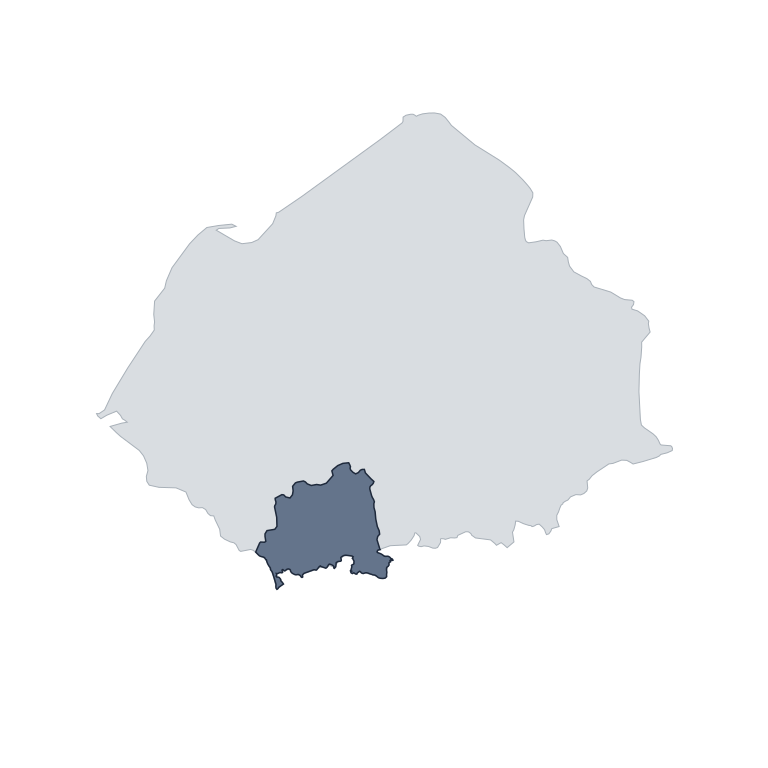 where Lower Silesian sits in Poland, rotated 321°
{"feature_id": "POL-3141", "entity_name": "Lower Silesian", "entity_type": "Voivodeship", "adm_level": 1, "iso_a3": "POL", "parent_name": "Poland", "parent_adm1": "", "projection": "mercator", "projection_center": [16.102, 50.931], "detail": "fine", "context": "in_parent", "style": "filled", "palette": "slate", "viewbox_px": 768, "rotation_deg": 321, "n_neighbors": 0, "source": "natural_earth", "source_scale": "10m", "svg_char_len": 7301}
<svg xmlns="http://www.w3.org/2000/svg" viewBox="0 0 768 768"><g transform="rotate(321 384 384)"><path d="M605.4,424.3L608.0,429.8L609.0,434.1L608.0,437.4L608.3,440.8L618.1,455.3L621.8,465.7L624.1,469.8L629.6,475.1L630.1,477.3L627.9,479.3L624.7,480.1L623.8,481.9L627.1,486.8L629.5,495.0L629.3,501.8L627.4,503.5L625.1,507.5L623.5,511.1L610.6,513.6L607.5,517.5L600.5,525.0L595.7,529.3L588.6,537.1L577.3,550.4L561.0,572.8L558.2,577.9L558.8,582.1L561.7,592.0L562.3,596.4L561.8,600.5L560.8,604.1L561.0,605.8L568.0,612.5L568.2,613.9L567.6,615.7L566.1,617.1L560.8,615.7L554.8,612.9L552.8,613.2L549.5,612.5L536.2,607.1L527.2,602.9L526.3,600.1L524.6,596.1L520.8,592.7L512.0,589.8L508.4,587.6L494.2,586.3L488.0,586.2L483.6,587.2L480.8,587.1L476.9,593.0L474.3,594.7L470.4,594.9L467.0,593.9L463.5,590.7L457.9,589.1L453.9,589.9L451.0,589.2L448.4,589.0L447.5,589.7L445.4,589.6L442.5,591.1L439.2,593.2L435.6,594.8L432.9,598.2L430.4,605.0L423.4,602.0L421.1,603.3L417.8,604.2L415.5,603.3L416.1,600.9L417.1,598.3L417.0,594.6L416.4,590.6L414.2,589.3L411.0,588.8L409.3,588.0L409.1,586.6L407.5,584.9L404.6,580.5L401.9,575.1L400.0,573.4L397.3,576.0L393.1,579.0L390.6,580.0L385.6,588.5L376.7,588.7L376.1,584.8L375.2,581.0L369.9,580.1L369.8,577.8L368.7,572.2L358.2,561.2L357.0,556.7L357.4,554.9L356.6,552.0L354.4,550.2L346.1,548.1L344.0,549.3L342.0,548.1L339.0,545.4L333.8,543.3L333.2,542.1L331.3,540.3L330.3,540.0L329.6,541.2L328.1,542.8L322.7,544.8L320.6,544.0L318.6,542.2L316.4,538.3L313.2,535.0L310.5,533.8L309.0,532.0L308.6,530.6L314.6,527.8L315.8,525.0L315.1,519.7L314.2,519.1L311.9,520.8L306.9,522.4L302.4,523.1L300.1,523.1L287.1,513.6L278.6,510.6L273.7,509.8L273.1,510.8L275.4,516.1L279.2,522.7L279.1,524.5L271.8,528.4L268.6,530.6L266.0,533.8L263.7,535.2L261.8,534.9L259.7,533.3L254.3,523.6L247.5,516.1L246.7,514.4L244.6,514.1L241.6,512.3L240.6,510.0L242.1,507.6L244.2,505.5L247.8,504.1L248.9,502.8L249.6,500.9L250.9,498.4L250.6,497.5L248.0,494.7L244.2,492.1L233.5,494.0L230.6,495.5L229.0,493.6L227.7,490.9L225.0,490.4L221.3,487.9L217.0,485.5L212.7,484.8L203.8,481.3L200.4,481.1L198.4,479.9L196.3,477.2L194.6,474.3L193.7,468.4L187.1,465.7L180.6,464.0L180.2,464.9L180.4,470.9L180.1,474.0L175.8,476.0L171.5,476.2L171.8,475.2L176.8,464.5L179.1,457.7L181.7,445.3L178.6,435.5L177.7,430.9L176.3,428.7L167.3,423.9L166.7,422.2L168.0,415.7L167.4,412.9L165.2,410.0L162.4,404.2L161.3,399.3L164.9,393.5L167.3,383.4L168.7,379.4L166.3,377.1L165.7,373.9L166.4,369.3L165.1,365.8L162.0,363.6L159.9,360.7L158.9,357.0L159.7,351.2L162.1,343.3L157.0,333.8L144.1,322.7L137.9,314.9L138.4,310.4L141.1,306.3L146.1,302.7L149.8,296.2L151.9,288.5L152.0,281.6L146.3,259.0L145.4,253.3L144.4,244.6L155.6,249.4L160.4,252.1L159.8,249.1L158.8,246.4L159.5,242.6L159.1,236.8L148.9,233.8L142.1,232.8L141.4,228.7L142.0,226.1L143.9,227.7L150.5,228.3L166.9,220.4L195.1,210.2L225.3,200.6L232.4,199.5L239.4,197.5L242.1,193.9L244.7,191.5L248.8,185.1L257.9,175.2L273.9,171.5L279.9,166.8L292.5,160.2L321.1,152.7L333.1,151.1L344.8,150.9L355.3,156.8L366.3,164.0L368.3,168.4L362.4,165.7L353.6,159.2L350.4,158.9L357.9,178.7L361.9,185.6L370.2,190.8L377.0,192.6L398.3,189.4L405.8,185.3L408.0,183.2L410.0,184.2L437.8,186.5L534.5,191.6L562.3,192.5L564.0,191.9L566.8,188.6L570.3,189.0L574.4,191.1L576.3,192.6L577.1,194.3L577.6,196.3L579.8,196.7L583.9,198.3L589.4,201.7L593.8,205.1L597.9,209.9L599.3,215.3L599.3,221.5L599.1,225.4L605.1,255.4L614.5,282.6L617.9,295.7L619.3,302.6L620.4,312.7L620.7,319.7L620.7,323.7L620.0,329.1L617.2,332.3L599.2,341.5L595.8,344.3L590.5,351.4L585.6,358.7L584.5,361.2L584.2,362.9L585.2,365.3L591.7,369.2L598.1,372.3L600.2,374.7L605.0,377.7L606.8,380.3L607.7,382.7L607.6,388.1L605.5,395.5L606.4,401.2L604.2,404.9L602.4,409.1L602.1,416.3L605.4,424.3Z" fill="#d9dde1" stroke="#a8b0b8" stroke-width="1"/><path d="M186.2,466.6L185.6,466.3L185.0,465.7L184.6,465.0L182.1,464.4L181.1,463.5L181.0,464.2L180.7,464.5L180.0,465.1L179.8,465.1L179.5,465.3L179.2,465.5L179.2,466.6L180.0,467.3L180.8,468.4L180.8,470.6L180.7,471.0L180.2,471.6L180.0,471.8L180.0,472.3L180.0,472.6L180.1,472.8L180.1,475.5L180.0,476.2L174.4,475.8L172.6,476.3L171.6,476.2L171.6,474.8L172.3,473.6L174.0,471.7L176.5,465.7L178.7,460.1L178.9,459.2L178.9,457.7L179.0,457.0L179.2,456.4L179.6,456.0L179.9,455.5L180.0,454.5L180.1,452.5L180.5,450.3L181.2,448.2L182.0,446.6L181.8,446.3L181.6,446.1L181.9,443.8L181.2,442.3L180.0,440.9L179.1,439.3L179.0,438.8L178.8,437.4L178.5,433.9L179.4,433.4L187.3,429.3L188.7,429.2L191.6,431.8L193.1,431.9L195.6,427.6L197.2,425.6L200.8,424.3L207.7,428.2L211.2,427.3L216.7,420.1L221.6,410.6L222.6,409.8L224.3,409.2L225.8,407.7L226.6,405.6L227.5,404.3L235.0,405.7L236.3,407.1L236.5,409.9L239.2,413.4L243.1,412.5L246.1,409.9L248.6,406.0L252.9,405.1L254.9,405.7L260.4,408.7L261.3,410.7L261.5,413.3L263.6,417.1L268.4,419.7L271.1,422.7L276.8,424.8L286.9,423.0L288.8,418.7L290.9,418.3L296.7,418.3L302.1,419.8L307.0,423.0L306.5,425.3L305.9,427.2L304.7,428.0L304.0,429.7L304.3,433.1L305.4,436.0L308.3,436.7L311.4,436.1L313.2,436.6L315.0,438.0L313.6,441.4L314.2,449.4L314.8,453.4L313.2,454.4L311.5,454.8L309.8,454.7L308.2,455.2L306.9,456.6L304.0,463.2L303.5,465.1L303.2,467.2L302.4,469.5L300.8,470.6L298.5,473.6L296.7,477.7L292.6,483.8L289.1,490.6L287.9,495.0L286.1,498.0L283.2,498.5L280.6,500.5L277.0,509.4L276.8,510.3L275.4,509.5L274.3,509.3L272.9,510.1L273.0,511.2L274.5,513.6L275.1,515.0L275.5,516.6L275.9,518.1L276.9,519.1L278.1,519.8L279.0,520.8L279.5,522.2L279.6,524.0L280.2,524.9L280.3,525.9L280.0,526.6L279.4,526.3L278.9,525.5L278.6,525.1L278.3,524.9L277.6,524.9L277.5,525.1L277.5,526.0L277.4,526.3L276.9,526.3L276.0,526.0L275.6,526.0L275.0,526.4L274.2,527.6L273.7,528.0L273.1,528.1L272.5,528.3L271.6,528.2L270.6,528.3L269.5,529.3L268.6,530.6L268.0,531.7L267.4,532.5L266.4,533.3L264.8,535.4L262.8,535.6L260.8,534.5L259.1,532.9L258.2,531.8L257.7,530.8L257.2,528.2L256.6,526.7L255.1,525.2L254.5,524.0L253.8,523.1L252.5,520.8L251.8,519.8L250.7,519.0L248.5,518.2L247.7,517.0L247.5,516.3L247.6,515.6L247.5,514.9L247.2,514.2L246.7,514.1L244.5,514.1L243.9,514.2L243.6,514.6L243.2,514.6L242.6,514.1L242.3,513.7L241.7,511.7L240.1,511.4L239.6,510.0L240.0,508.8L241.0,509.0L240.9,508.8L240.7,507.9L241.0,507.9L241.4,507.6L241.7,507.5L242.4,506.9L243.3,506.3L244.1,505.7L244.4,504.7L245.2,504.4L246.8,504.9L247.6,504.7L248.1,504.0L249.1,503.0L249.5,502.4L249.4,502.5L249.4,502.0L249.5,501.4L249.5,501.0L249.8,500.6L249.9,500.4L249.9,500.1L249.7,499.5L251.3,498.9L250.8,497.4L246.6,493.0L245.1,492.1L243.5,491.7L241.7,491.6L241.1,491.8L240.7,492.6L240.3,493.5L239.7,494.3L238.9,494.5L238.2,494.1L236.6,493.0L234.5,492.7L231.5,495.7L229.4,496.1L229.3,495.9L229.2,495.6L229.3,495.4L229.4,495.1L230.1,494.5L230.2,493.6L229.9,492.5L229.5,491.5L228.8,490.3L228.2,489.6L227.4,489.5L224.4,490.6L223.1,490.6L222.8,490.5L220.3,486.3L220.1,485.8L220.0,485.3L218.8,485.2L214.7,486.1L214.2,486.0L213.8,485.6L213.1,484.6L212.6,484.2L206.7,482.2L202.7,480.8L200.7,481.0L200.2,481.5L199.7,482.4L199.2,482.9L198.5,482.7L198.2,482.1L198.2,481.3L198.3,480.5L198.3,479.8L197.7,478.3L197.0,477.7L196.1,477.3L195.1,476.5L194.6,475.7L194.0,474.4L193.5,473.0L193.4,471.9L193.7,470.4L194.2,469.6L194.2,468.9L193.4,467.6L192.1,466.9L189.3,466.9L188.8,465.7L188.6,464.5L188.0,464.3L187.4,464.7L187.0,465.7L186.8,466.5L186.2,466.6Z" fill="#64748b" stroke="#1e293b" stroke-width="1.5"/></g></svg>